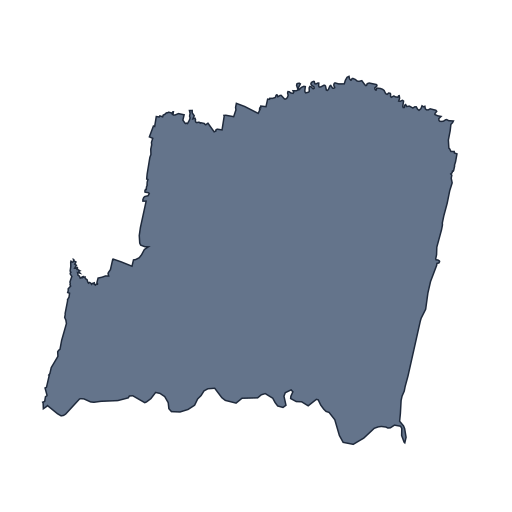 the district of Kota Tangerang Selatan, Banten, Indonesia, rotated 281°
{"feature_id": "22746128B62533997811788", "entity_name": "Kota Tangerang Selatan", "entity_type": "district", "adm_level": 2, "iso_a3": "IDN", "parent_name": "Indonesia", "parent_adm1": "Banten", "projection": "mercator", "projection_center": [106.733, -6.296], "detail": "fine", "context": "isolated", "style": "filled", "palette": "slate", "viewbox_px": 512, "rotation_deg": 281, "n_neighbors": 0, "source": "geoboundaries", "source_scale": "gbopen_adm2", "svg_char_len": 6042}
<svg xmlns="http://www.w3.org/2000/svg" viewBox="0 0 512 512"><g transform="rotate(281 256 256)"><path d="M287.6,432.9L291.7,433.0L299.2,431.8L317.0,433.1L322.1,433.1L323.9,432.6L331.4,432.7L344.2,433.6L357.1,433.7L365.2,434.6L369.6,432.8L372.7,432.8L373.7,431.5L375.1,432.6L376.9,432.7L377.0,433.5L378.0,433.7L382.3,433.8L383.0,433.5L386.5,433.9L394.6,433.8L395.0,431.1L396.4,430.6L395.8,427.4L398.2,425.6L398.5,424.9L399.6,424.5L406.5,422.7L416.0,422.7L422.4,422.2L424.4,423.5L426.2,424.0L425.6,419.3L426.3,417.1L425.8,416.0L424.1,414.3L423.5,412.5L423.3,410.7L423.9,409.8L425.7,409.2L428.3,411.0L428.3,407.6L429.0,404.6L430.1,404.5L432.5,405.8L433.4,404.7L433.7,398.9L432.3,397.2L432.0,395.5L432.8,394.1L435.2,393.2L434.4,391.9L435.1,390.3L432.1,389.8L430.1,388.2L431.0,386.5L433.0,384.9L432.8,383.5L431.2,381.7L432.4,378.0L431.5,375.4L433.2,374.0L432.4,373.2L430.1,373.3L429.8,372.2L430.9,371.5L436.2,371.3L436.8,370.1L435.4,368.0L435.3,366.5L438.3,366.9L440.7,366.0L440.4,365.4L438.9,365.0L438.8,362.4L439.4,360.8L437.6,358.5L438.5,357.6L440.7,357.2L441.3,356.7L441.3,355.1L439.7,353.9L439.8,353.0L440.6,351.9L442.9,350.2L443.8,348.4L444.2,346.0L443.9,342.9L443.6,342.5L441.8,342.3L441.7,341.7L442.7,340.8L443.7,340.5L446.0,342.2L446.8,342.1L447.3,341.3L447.4,334.1L446.4,332.3L444.8,332.0L444.2,331.4L444.9,330.1L448.3,326.4L447.1,323.8L447.0,322.0L448.2,319.9L448.8,317.2L448.5,316.5L446.7,315.8L446.6,315.5L447.8,314.0L450.1,313.0L448.8,311.3L445.6,310.2L441.8,309.8L440.7,304.2L441.0,300.5L440.4,299.9L439.3,299.7L437.9,300.0L436.7,301.1L436.1,301.1L435.4,300.0L435.4,299.1L437.7,296.8L437.0,296.1L433.3,295.3L432.1,294.4L432.3,293.4L436.1,291.8L436.7,290.9L436.6,290.1L434.4,287.4L433.9,285.9L434.3,285.4L435.6,284.9L437.7,284.7L437.7,283.9L436.3,281.9L436.3,280.9L438.4,279.9L438.4,279.1L437.0,277.3L435.4,277.0L434.4,277.8L433.0,280.7L431.8,281.1L431.2,280.6L431.1,280.0L432.6,277.7L432.7,276.5L431.2,276.1L427.7,276.9L426.8,276.3L425.6,273.7L425.9,273.2L427.2,272.4L431.7,272.1L431.7,270.6L430.1,268.3L427.5,266.7L427.4,266.3L429.5,265.6L433.4,266.7L433.9,265.6L433.4,264.1L432.8,263.3L431.2,263.3L427.7,265.3L426.8,265.4L425.8,263.8L425.3,260.8L424.0,261.8L422.7,261.3L422.7,259.1L423.6,257.2L423.5,256.0L422.0,255.9L419.9,256.9L417.6,256.6L416.2,255.7L415.6,254.8L415.6,254.0L418.5,250.0L418.2,249.0L416.5,247.1L418.1,246.1L418.2,245.6L417.5,245.0L416.0,244.9L415.2,244.5L413.9,242.2L413.4,239.4L412.4,239.4L412.2,237.5L404.5,237.3L404.1,232.1L402.5,232.3L402.5,231.6L400.9,231.4L400.6,232.0L396.4,230.9L400.6,216.4L402.1,207.6L397.9,207.6L395.6,208.4L388.5,207.5L388.4,199.5L387.9,197.7L387.2,198.1L373.3,198.6L373.1,193.7L372.1,192.6L371.0,192.7L369.9,191.2L377.2,183.5L375.2,181.6L375.5,180.7L376.2,180.0L376.3,176.3L375.8,176.0L376.5,174.5L375.6,172.3L375.9,171.4L377.0,170.7L378.4,170.6L379.6,169.8L378.6,167.9L381.9,168.6L384.3,166.1L386.7,165.6L386.1,162.9L383.4,164.1L380.6,164.1L378.9,165.0L376.6,164.7L372.9,163.5L373.1,162.2L372.6,161.8L372.8,161.0L375.4,158.3L380.9,158.5L381.0,152.7L379.0,149.7L378.6,148.1L379.0,147.5L381.8,147.4L381.6,146.8L379.7,146.4L380.3,145.9L380.5,142.8L379.8,142.0L379.4,140.7L377.6,139.4L376.6,138.0L374.8,137.8L375.2,134.9L374.0,134.4L373.9,131.5L363.8,131.8L364.0,130.5L352.6,128.6L351.8,132.2L347.6,131.7L345.2,132.4L340.8,132.3L335.6,133.5L332.6,133.0L315.7,133.5L310.7,134.0L310.5,135.3L307.8,135.1L305.3,135.4L305.0,135.7L302.9,135.3L300.3,135.6L300.2,134.8L298.7,134.5L297.5,134.9L297.6,138.3L297.0,139.3L294.6,138.6L293.1,135.4L291.9,134.6L289.8,134.2L288.3,134.5L288.9,137.7L261.9,137.1L253.8,137.5L246.5,139.4L244.7,140.7L243.9,145.1L244.5,148.6L241.1,145.2L235.3,143.4L232.0,141.7L229.5,138.5L228.8,136.5L222.3,136.2L224.5,124.9L225.7,116.6L225.1,116.6L225.2,116.0L214.8,115.7L211.7,114.3L210.6,114.1L208.2,115.2L207.7,112.1L205.8,108.9L204.2,105.2L199.6,104.9L198.4,105.8L198.0,105.7L198.0,104.5L196.8,104.0L197.4,102.5L198.8,102.3L197.7,100.4L196.8,100.1L197.8,98.9L198.3,97.7L198.1,97.2L197.4,96.7L198.3,95.8L200.5,94.7L201.1,93.2L202.1,92.3L202.8,92.2L202.2,90.6L202.9,90.5L202.7,90.0L202.3,89.3L201.3,89.3L201.4,88.6L200.7,87.7L202.5,86.6L203.2,85.0L205.8,83.9L205.6,86.5L206.6,85.1L207.4,85.0L207.9,85.9L208.8,83.3L208.7,82.9L210.2,83.1L210.6,82.7L209.6,81.5L209.4,80.3L212.6,81.5L213.4,79.6L215.1,80.3L215.9,80.3L216.2,78.5L217.6,77.9L217.8,77.4L216.0,78.0L215.2,77.5L214.9,76.9L215.6,75.4L214.5,75.3L210.3,76.2L205.8,76.4L204.7,77.4L204.0,77.0L203.0,77.0L200.8,79.1L195.0,78.3L193.3,79.0L192.3,78.9L191.1,79.8L188.0,77.9L186.0,78.3L184.2,78.1L183.9,80.1L179.9,80.3L177.1,79.3L176.2,79.6L163.2,79.6L162.2,79.9L159.2,79.9L156.8,81.6L153.5,82.8L136.1,81.3L127.1,81.4L125.8,80.3L124.2,79.6L119.7,80.7L107.4,76.3L101.2,76.1L99.6,75.3L99.4,75.8L87.7,75.4L87.0,75.3L86.2,74.1L79.5,77.4L78.9,77.4L77.7,76.2L72.9,76.3L71.8,74.5L71.0,75.1L65.5,76.4L68.6,79.4L69.4,79.8L63.3,91.2L61.9,95.2L62.8,97.5L64.5,99.3L81.9,110.0L82.5,111.1L82.9,114.3L81.2,121.5L81.5,124.8L83.8,131.6L87.7,147.9L92.4,157.7L94.4,158.4L95.3,161.7L90.8,174.8L91.8,176.3L95.9,180.0L102.9,183.5L102.8,188.0L100.6,193.2L95.3,197.8L89.5,199.6L87.1,202.7L88.4,211.2L92.4,218.6L97.8,224.2L104.6,226.0L108.5,228.7L113.7,230.7L116.5,234.1L118.3,240.7L110.4,249.5L108.4,253.4L107.8,264.5L113.7,269.4L117.1,284.7L120.8,287.7L122.7,291.3L119.6,299.6L115.8,302.7L112.9,305.9L112.5,311.4L115.2,313.9L123.7,310.2L127.4,310.8L131.3,316.0L129.7,318.1L125.0,317.0L122.7,317.2L120.8,323.3L121.6,328.6L118.9,335.8L126.8,342.6L126.7,344.5L122.0,348.0L118.6,351.7L116.8,354.4L116.4,357.6L110.3,364.6L95.7,372.1L89.7,377.1L89.7,387.4L97.9,396.6L109.4,404.9L111.6,408.6L112.6,411.6L112.9,416.1L112.3,418.3L113.0,420.7L116.4,424.2L116.5,430.4L114.5,432.0L107.6,433.2L101.5,436.9L101.0,437.7L106.7,437.9L114.8,434.9L117.4,433.2L121.2,428.5L128.8,427.8L141.9,426.0L146.3,426.1L151.7,427.3L156.3,427.3L167.3,428.1L223.4,429.7L226.5,430.0L236.1,432.7L252.5,431.8L264.3,432.2L281.2,435.1L283.3,435.0L284.0,436.8L285.5,437.3L286.1,437.0L286.8,435.3L286.6,433.5L287.6,432.9Z" fill="#64748b" stroke="#1e293b" stroke-width="1.5"/></g></svg>